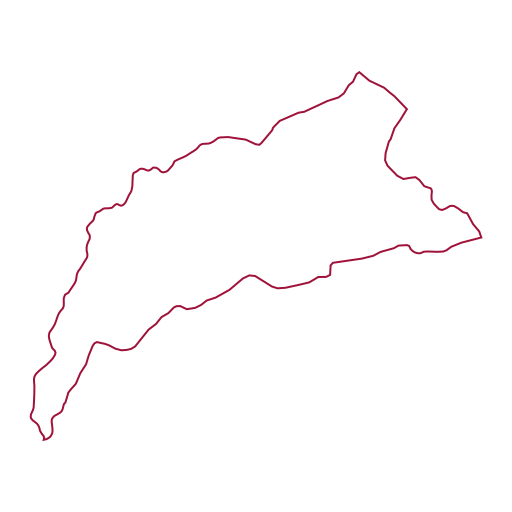 the district of Ostuncalco, Quezaltenango, Guatemala
{"feature_id": "79465075B83673504677566", "entity_name": "Ostuncalco", "entity_type": "district", "adm_level": 2, "iso_a3": "GTM", "parent_name": "Guatemala", "parent_adm1": "Quezaltenango", "projection": "robinson", "projection_center": [-91.717, 14.862], "detail": "fine", "context": "isolated", "style": "outline", "palette": "rose", "viewbox_px": 512, "rotation_deg": 0, "n_neighbors": 0, "source": "geoboundaries", "source_scale": "gbopen_adm2", "svg_char_len": 3811}
<svg xmlns="http://www.w3.org/2000/svg" viewBox="0 0 512 512"><path d="M359.3,72.2L356.5,74.2L353.0,81.7L348.8,85.2L343.9,93.3L338.6,97.4L327.4,101.0L304.2,111.8L298.5,112.7L279.7,120.9L273.1,127.6L272.2,130.2L261.9,142.5L259.4,144.8L255.6,144.2L245.7,139.6L231.1,137.5L228.8,137.1L227.6,137.1L226.1,137.1L223.8,137.3L221.1,137.3L218.2,137.9L213.4,141.5L210.5,143.0L208.3,143.6L203.9,143.8L201.6,144.2L199.6,145.5L197.9,147.6L196.2,149.3L193.6,151.1L190.3,153.1L186.4,155.7L183.1,157.3L177.8,159.6L174.5,161.3L173.5,163.4L172.9,164.7L171.9,166.1L167.9,170.6L166.3,171.6L163.8,172.3L161.8,172.1L160.5,171.2L159.1,169.7L157.6,168.5L156.2,167.8L154.4,167.6L153.1,167.6L151.7,168.8L150.6,169.7L148.8,170.6L147.2,170.4L145.2,169.6L143.8,169.0L142.0,168.7L140.1,168.9L139.1,169.5L138.0,170.5L136.3,171.7L133.7,172.9L132.8,175.2L132.7,178.1L132.5,181.5L132.4,185.4L132.2,187.1L131.4,190.9L130.6,192.4L128.8,195.4L126.8,199.8L125.4,202.6L123.9,204.3L122.3,205.4L121.0,205.7L119.1,205.0L117.8,204.2L116.4,204.1L114.4,205.4L113.5,206.4L112.1,207.6L110.7,208.0L109.2,208.2L108.0,208.3L105.1,208.3L103.3,208.7L102.1,209.5L100.5,210.7L98.9,211.6L96.8,212.4L95.7,213.2L94.4,216.6L93.7,219.6L92.7,221.0L91.1,222.5L89.6,224.0L87.4,226.7L86.9,228.4L87.0,230.1L87.7,231.7L88.6,233.5L89.7,235.2L89.8,237.4L89.6,239.1L88.5,241.2L87.3,244.1L86.7,246.4L86.6,249.2L86.7,251.1L87.3,253.4L87.4,255.3L87.2,256.8L86.5,258.5L85.2,260.4L81.5,266.5L79.9,269.1L78.3,271.1L77.3,273.2L76.8,274.9L76.5,276.9L76.0,280.3L74.8,283.1L73.1,285.7L69.9,290.4L68.5,292.6L65.0,294.8L63.9,297.8L63.7,299.4L63.8,303.1L63.7,306.1L62.8,308.4L60.7,310.8L59.1,313.0L58.0,315.3L57.2,317.5L56.1,320.8L54.8,324.3L52.4,328.4L50.6,330.8L49.5,332.5L49.1,334.1L48.9,335.6L48.9,337.0L49.3,339.1L49.9,341.2L51.1,344.9L51.9,347.4L52.6,348.5L53.9,349.8L54.8,350.7L55.5,352.6L55.1,354.6L54.2,356.1L52.9,358.2L50.6,360.9L46.2,365.1L42.2,368.2L38.6,371.3L36.1,373.8L34.8,375.9L34.2,377.7L34.0,379.3L34.0,380.9L34.2,383.3L34.4,385.8L34.3,394.4L34.0,401.5L33.6,407.8L32.9,410.2L31.8,412.5L30.9,414.6L30.7,417.1L31.2,418.5L32.1,419.6L33.0,420.6L34.3,421.5L35.9,422.8L37.1,423.8L37.9,424.9L38.7,426.2L39.5,428.3L39.7,429.7L40.4,431.5L41.2,432.8L42.4,434.6L43.5,435.8L44.2,437.9L43.7,439.8L46.6,439.1L48.7,437.9L50.4,436.6L51.4,434.9L52.2,433.3L52.5,431.5L52.5,429.2L52.1,425.3L51.8,423.1L51.7,421.5L51.7,420.2L52.1,418.7L53.1,417.3L54.4,415.9L56.6,414.7L59.1,413.3L60.8,412.1L61.7,411.0L62.5,409.5L63.3,406.5L63.6,405.2L64.1,403.8L65.3,402.7L67.1,396.9L68.3,392.6L70.9,389.3L75.9,383.7L80.3,373.2L86.1,364.2L88.6,355.8L92.7,345.8L94.5,343.3L96.9,342.1L105.1,343.9L109.2,345.4L115.2,348.6L121.5,350.3L126.7,349.9L131.1,348.9L135.1,346.5L141.1,339.0L148.6,329.6L156.3,323.7L159.0,320.2L161.5,317.1L168.4,313.1L173.7,307.6L176.4,306.2L180.3,306.1L186.8,309.2L195.1,307.9L201.0,305.0L206.7,300.5L215.4,297.7L229.4,289.9L243.0,278.4L246.2,276.9L249.3,275.4L255.1,276.0L271.9,286.5L277.5,288.3L285.3,287.8L298.7,284.9L309.2,282.4L318.3,277.0L326.1,276.9L330.1,274.9L330.6,265.4L332.9,262.8L361.9,258.6L373.2,255.8L380.6,251.9L393.9,248.2L398.5,245.6L407.0,245.1L409.2,246.0L410.6,249.0L412.6,251.0L414.8,252.4L417.6,253.2L420.1,253.3L421.9,252.6L423.6,251.8L426.1,251.5L431.8,251.6L435.7,251.8L440.2,251.7L443.3,251.5L446.5,250.3L451.2,246.8L461.3,242.7L481.3,237.5L479.2,231.4L473.0,224.0L467.2,213.3L463.0,212.2L458.3,208.5L454.0,206.0L452.3,205.8L450.0,206.0L445.8,208.5L442.1,210.0L439.1,209.2L437.1,207.2L433.7,203.5L431.6,199.7L431.5,195.1L431.9,191.8L431.6,189.7L430.8,188.4L424.3,186.2L419.3,179.9L415.5,177.2L411.7,177.6L403.4,179.0L397.2,175.7L387.6,165.8L385.1,160.4L385.6,153.2L388.9,141.5L390.6,139.3L394.4,128.3L400.3,119.9L404.2,113.5L406.1,110.4L406.9,109.2L394.4,96.2L389.8,92.6L384.1,87.7L369.4,80.7L359.3,72.2Z" fill="none" stroke="#9f1239" stroke-width="2"/></svg>